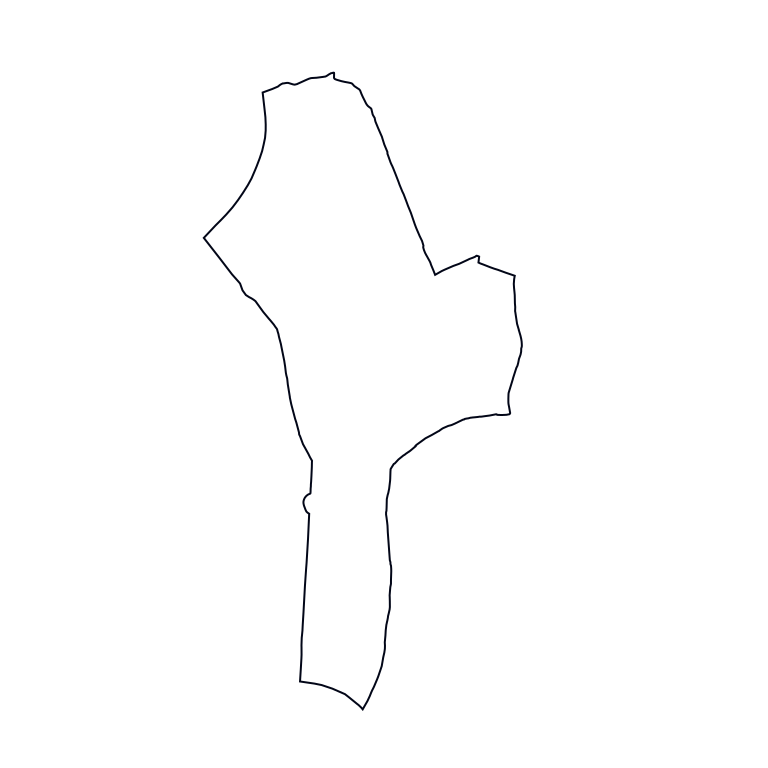 outline of Thon Buri, Bangkok Metropolis, Thailand, rotated 169°
{"feature_id": "78962969B37359876414663", "entity_name": "Thon Buri", "entity_type": "district", "adm_level": 2, "iso_a3": "THA", "parent_name": "Thailand", "parent_adm1": "Bangkok Metropolis", "projection": "equal_earth", "projection_center": [100.483, 13.718], "detail": "fine", "context": "isolated", "style": "outline", "palette": "ink", "viewbox_px": 768, "rotation_deg": 169, "n_neighbors": 0, "source": "geoboundaries", "source_scale": "gbopen_adm2", "svg_char_len": 5669}
<svg xmlns="http://www.w3.org/2000/svg" viewBox="0 0 768 768"><g transform="rotate(169 384 384)"><path d="M533.0,561.8L522.0,540.2L520.7,537.6L512.3,520.7L506.7,511.2L506.1,510.0L505.0,502.9L502.6,497.7L499.8,495.0L497.9,493.5L496.0,491.7L494.4,489.9L488.8,477.8L487.6,475.6L486.0,472.7L484.7,470.3L483.3,467.9L482.0,465.5L480.8,463.3L479.7,460.7L478.8,458.9L478.6,458.3L478.5,457.7L478.4,455.9L478.1,453.2L478.1,450.4L477.6,443.0L477.6,440.6L477.6,439.6L477.5,426.0L477.7,420.7L477.7,420.3L478.2,413.7L478.2,411.1L478.0,408.0L478.1,406.5L478.5,402.0L478.9,389.2L479.0,388.7L478.9,381.8L477.9,366.8L477.4,362.8L476.7,352.6L476.9,350.9L476.7,349.8L476.4,349.0L475.0,340.4L471.6,329.9L470.5,325.8L470.4,325.6L469.3,322.4L469.7,320.9L470.7,316.2L472.8,307.5L474.1,302.3L474.4,301.2L474.9,299.5L475.3,297.6L476.0,295.2L476.5,292.9L477.0,290.9L477.3,290.5L479.0,290.1L480.0,289.8L481.7,288.9L481.9,288.7L483.3,287.6L484.5,286.0L485.1,284.9L485.6,283.6L485.8,282.3L485.8,281.7L485.8,280.7L485.7,279.5L485.4,277.8L485.1,275.9L484.8,274.6L484.5,273.6L483.7,272.4L482.9,271.6L482.2,270.9L488.1,246.6L494.1,223.3L495.7,217.5L500.1,201.0L503.4,187.9L506.7,174.8L509.8,162.8L511.1,157.5L512.4,153.1L513.2,150.5L514.9,143.1L515.2,141.3L516.6,133.9L517.5,130.1L520.1,119.9L523.2,108.0L509.5,103.2L502.7,100.4L492.8,94.8L481.5,87.0L480.9,86.3L478.3,83.3L471.7,75.4L470.2,73.7L468.1,70.7L467.0,68.7L460.7,76.0L459.1,78.2L457.5,80.4L455.5,83.5L453.9,85.8L453.0,86.9L451.5,88.9L447.0,95.6L445.3,98.3L440.1,107.4L437.4,114.5L437.0,115.6L434.8,120.6L434.7,121.0L434.5,121.5L433.7,123.8L433.0,126.8L432.5,130.4L432.0,132.0L430.6,136.8L429.3,141.9L427.6,147.2L427.1,148.3L426.4,150.0L426.0,150.8L425.6,151.8L424.8,153.8L424.3,155.4L423.3,157.5L421.5,161.6L420.8,163.9L419.7,169.8L419.0,174.0L418.8,175.4L418.2,177.6L417.0,181.9L416.5,183.6L415.9,185.0L415.3,186.5L414.5,190.5L412.6,198.8L412.2,201.1L411.8,204.2L412.0,206.0L411.7,207.9L411.9,209.9L408.6,237.4L407.6,244.2L407.3,247.7L407.0,252.3L406.9,254.7L406.9,255.3L406.4,257.8L405.8,259.0L405.6,259.9L405.1,261.9L403.2,270.5L402.7,271.7L401.6,274.3L400.6,276.2L398.9,280.3L396.5,287.8L396.0,289.7L394.4,296.7L394.0,298.2L393.8,299.1L392.6,300.5L392.4,300.7L389.7,303.6L388.5,304.0L384.3,307.1L378.5,310.2L377.8,310.4L377.0,310.7L376.2,311.2L370.9,313.5L364.8,316.9L364.9,317.3L364.0,317.9L362.8,318.5L353.6,322.8L346.9,324.8L339.8,327.2L339.7,327.2L338.6,327.5L338.2,327.8L335.5,329.0L334.3,329.4L328.9,330.6L325.6,330.8L322.0,331.6L313.4,333.9L312.5,333.9L312.4,333.9L312.3,334.0L312.1,334.0L311.9,334.0L311.3,334.3L311.1,334.3L309.8,334.3L309.1,334.3L307.9,334.2L305.6,334.4L304.5,334.3L302.8,334.2L302.2,334.1L298.9,333.8L297.3,333.7L296.4,333.7L295.6,333.5L294.9,333.4L293.5,333.3L291.4,333.2L286.5,332.9L281.1,332.9L279.8,332.9L279.2,332.7L278.9,332.2L278.3,332.0L274.5,331.1L271.1,330.6L269.5,330.4L268.1,330.4L266.7,330.4L266.1,330.8L265.7,331.4L265.6,337.6L265.6,339.6L265.6,340.4L265.5,341.6L265.3,342.9L264.7,346.0L263.7,350.4L263.3,351.6L256.7,364.0L256.2,365.1L251.1,374.4L250.6,375.1L249.5,376.5L248.2,379.2L246.7,382.9L244.4,386.7L243.8,388.1L243.2,389.6L242.5,392.7L242.4,392.9L241.7,394.2L241.4,395.2L241.1,397.0L240.8,399.4L240.7,402.0L240.8,405.2L241.3,410.6L241.4,411.0L241.3,411.3L241.9,417.7L241.4,429.4L241.4,430.5L240.5,434.5L240.1,438.2L238.7,446.3L238.4,449.2L238.0,453.5L237.5,457.5L237.3,458.2L236.2,462.2L235.0,465.3L236.9,466.4L243.2,470.0L250.5,474.4L253.7,476.1L257.4,478.3L263.7,482.3L266.5,484.0L268.1,485.2L266.4,490.5L266.3,490.9L267.0,491.4L267.3,491.6L267.7,491.8L268.1,492.0L268.5,492.2L268.8,492.2L269.3,492.0L269.9,491.7L270.4,491.5L272.7,491.0L275.3,490.6L276.8,490.3L277.8,490.0L280.6,489.3L285.0,488.2L286.2,487.9L287.5,487.6L293.3,486.7L302.4,484.7L305.6,483.9L313.0,481.4L313.8,485.9L314.8,490.7L315.1,492.2L315.3,494.1L315.7,495.7L315.8,496.0L317.6,501.6L317.9,502.3L317.9,502.5L318.6,504.7L319.2,507.8L319.4,509.9L319.4,510.4L319.4,510.9L319.3,511.1L319.2,511.4L319.2,511.5L319.0,511.9L318.9,512.2L318.9,512.5L319.3,516.6L319.4,517.3L320.6,521.8L320.7,522.1L322.2,529.0L322.7,531.4L323.3,534.9L324.9,546.5L325.0,547.1L326.4,554.0L327.4,560.2L327.5,560.7L328.5,566.5L329.3,569.5L330.7,576.5L330.8,577.1L331.1,579.2L332.5,587.1L333.8,594.0L334.4,596.7L334.8,598.0L335.3,600.3L336.6,608.9L336.7,609.2L336.4,611.2L338.0,619.0L338.8,626.1L338.8,626.5L338.9,627.2L339.5,629.8L340.9,636.1L342.3,643.0L342.4,644.4L342.4,646.7L342.4,647.0L342.5,647.2L343.3,649.4L343.5,650.0L343.7,650.8L343.9,655.8L343.9,656.1L344.0,656.4L344.0,656.6L344.2,656.9L344.3,657.2L344.5,657.4L345.6,658.6L346.7,659.9L347.0,660.4L347.3,661.0L347.6,661.5L348.2,663.2L348.9,665.8L349.8,669.0L350.1,670.1L350.8,673.1L351.4,676.5L351.6,677.0L351.8,677.4L352.0,677.8L352.4,678.3L353.3,679.1L355.5,681.3L355.8,681.6L356.3,682.1L357.9,684.8L358.2,685.1L358.5,685.3L359.1,685.7L361.7,686.8L364.8,688.0L368.0,689.4L372.1,691.5L373.1,692.1L374.0,692.7L374.1,692.9L374.3,693.1L374.5,693.5L374.6,693.9L374.6,694.2L374.6,694.5L374.5,694.8L373.7,698.5L373.7,699.0L374.4,699.3L375.1,699.2L375.4,699.1L376.6,699.2L379.3,698.3L379.9,698.0L381.4,697.4L382.7,697.0L385.4,697.1L391.8,697.5L395.5,698.0L397.3,698.2L399.3,698.0L401.7,697.5L411.8,695.1L412.0,695.0L414.0,694.9L414.6,694.9L416.0,695.4L417.7,696.3L420.5,697.8L421.8,698.1L423.7,698.2L425.2,698.2L425.4,698.3L425.9,698.4L427.1,698.1L427.8,697.9L429.3,697.3L431.4,696.2L437.4,694.9L447.5,693.3L448.8,676.9L449.5,668.6L450.6,661.3L451.8,655.3L453.8,648.3L456.5,641.9L459.2,635.9L463.0,629.2L467.4,622.1L469.7,618.6L474.8,611.1L479.7,605.2L486.1,598.4L492.2,592.4L499.0,586.3L506.6,580.4L513.0,575.9L519.1,571.8L533.0,561.8Z" fill="none" stroke="#020617" stroke-width="2"/></g></svg>